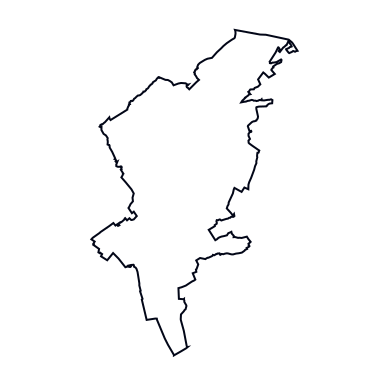 outline of Hiliseu-Horia, Botosani, Romania, rotated 93°
{"feature_id": "2599482B53241690354828", "entity_name": "Hiliseu-Horia", "entity_type": "district", "adm_level": 2, "iso_a3": "ROU", "parent_name": "Romania", "parent_adm1": "Botosani", "projection": "mercator", "projection_center": [26.289, 48.015], "detail": "fine", "context": "isolated", "style": "outline", "palette": "ink", "viewbox_px": 384, "rotation_deg": 93, "n_neighbors": 0, "source": "geoboundaries", "source_scale": "gbopen_adm2", "svg_char_len": 5945}
<svg xmlns="http://www.w3.org/2000/svg" viewBox="0 0 384 384"><g transform="rotate(93 192 192)"><path d="M262.3,261.9L270.6,254.6L269.7,252.1L270.1,250.8L270.1,249.7L269.6,249.1L269.2,248.9L268.9,249.2L268.5,250.5L268.0,248.8L268.0,248.2L267.7,246.7L268.0,246.3L269.7,245.9L270.4,244.4L271.7,243.4L274.7,242.2L279.8,241.1L286.0,239.8L288.1,239.7L293.3,238.1L293.8,238.7L301.3,235.8L302.0,236.5L322.1,230.6L320.3,222.0L320.3,220.5L321.4,220.3L339.7,211.5L345.8,208.0L355.7,201.5L356.1,201.5L352.0,195.1L348.4,189.7L347.1,188.3L347.2,188.7L347.0,188.9L345.4,189.4L331.1,192.9L320.3,196.5L319.4,196.6L314.8,196.6L311.5,193.9L310.2,193.2L309.5,192.3L306.1,191.6L305.4,191.8L302.2,193.9L300.7,194.0L299.7,194.4L299.1,194.4L299.5,194.9L299.4,199.5L288.7,200.5L287.7,197.5L285.8,193.3L281.5,187.5L280.1,185.0L279.3,184.1L273.1,187.0L271.5,183.5L269.2,184.0L268.7,183.4L264.0,182.0L260.1,184.2L257.5,180.5L258.3,175.1L257.5,174.1L256.8,172.9L256.8,172.2L255.1,168.9L254.5,168.1L253.7,167.8L254.0,166.5L253.1,165.0L252.7,164.7L252.6,163.9L252.1,163.4L252.0,162.1L251.8,161.4L251.9,161.2L252.8,161.0L253.3,160.5L253.2,160.2L252.4,159.4L252.3,158.9L252.5,157.5L251.8,155.7L251.4,154.0L251.5,152.7L252.2,149.5L252.2,147.8L251.2,144.8L250.7,142.0L249.9,139.0L247.9,136.5L247.0,135.9L246.0,134.0L245.0,134.5L243.7,132.3L243.2,131.9L242.5,132.4L242.4,132.1L240.7,132.9L239.1,131.1L238.8,131.3L238.5,131.0L236.1,133.2L233.7,134.9L235.3,140.0L235.2,142.5L235.4,143.6L234.7,146.7L234.9,148.1L233.5,148.0L231.6,150.0L229.7,150.6L230.4,151.8L231.2,153.6L233.4,154.8L234.4,157.9L235.0,160.3L235.8,162.1L236.5,163.3L237.8,164.5L238.9,166.2L228.9,173.3L224.9,167.4L223.9,167.6L222.4,165.7L221.5,165.6L219.9,166.1L218.8,165.8L218.8,164.3L218.0,163.2L218.0,162.8L218.1,162.3L218.7,161.7L218.9,161.0L218.5,160.2L217.0,156.1L216.7,154.7L215.8,153.5L215.7,152.5L214.8,151.7L214.6,151.1L214.7,150.0L214.6,149.2L213.8,148.4L211.8,148.9L213.1,149.7L212.9,150.3L210.6,152.3L206.6,156.4L204.2,155.8L202.6,154.9L200.5,154.8L191.3,151.1L187.2,150.4L185.7,149.8L189.3,142.5L184.8,139.9L186.3,135.9L181.7,136.0L179.2,135.4L174.8,133.7L166.5,131.1L163.0,130.4L159.9,129.2L157.9,129.4L153.8,128.6L152.9,128.9L149.7,128.8L149.4,128.7L149.4,127.9L149.1,127.5L147.9,127.3L147.1,127.0L142.5,134.4L140.6,137.3L139.9,138.0L137.7,138.3L136.0,136.9L133.0,138.5L130.9,138.6L129.1,137.3L129.0,136.4L128.8,136.0L128.3,135.9L127.8,136.2L128.2,137.8L123.4,139.7L122.8,139.5L119.1,135.9L118.2,134.3L118.1,133.2L117.5,131.9L117.3,132.0L116.5,131.0L115.8,130.7L115.3,130.3L113.3,130.0L105.7,132.1L104.1,132.2L103.8,131.8L103.2,129.6L102.6,122.3L102.4,122.1L102.3,122.3L100.2,120.2L99.6,119.0L99.2,116.6L96.0,116.5L95.3,117.9L95.9,119.6L96.0,121.2L96.8,124.8L96.8,127.3L96.6,127.7L96.3,127.1L95.7,127.3L96.7,128.2L96.6,129.5L97.5,131.0L97.5,131.6L97.8,132.2L97.4,133.8L97.6,135.0L97.1,136.0L96.9,137.2L97.9,139.9L98.0,140.9L98.9,142.9L99.2,144.7L99.9,147.5L98.1,146.5L95.1,143.6L94.9,143.8L92.9,141.2L91.6,140.1L91.3,138.9L91.1,139.1L91.1,139.4L90.2,139.7L89.9,140.5L89.1,141.0L88.8,140.5L86.7,139.3L86.5,138.8L86.2,135.6L84.8,134.9L83.4,131.7L80.9,129.4L76.1,131.9L68.9,127.1L70.1,125.4L73.7,121.3L69.8,115.5L66.1,119.1L65.5,119.1L64.2,118.0L63.3,117.8L63.2,117.2L62.3,117.4L59.7,114.0L58.8,111.6L57.6,109.8L55.5,109.5L55.0,110.0L57.8,114.3L58.5,117.1L58.6,118.4L59.4,119.9L59.2,120.4L59.2,120.9L58.5,120.9L57.9,121.3L48.3,115.8L43.1,113.6L43.0,113.4L43.3,112.9L44.8,111.9L46.8,112.7L47.6,111.6L43.0,108.5L42.0,107.2L40.5,105.9L40.4,105.3L36.5,103.7L40.2,100.7L41.5,100.1L41.8,100.7L42.2,102.0L43.0,102.6L44.5,105.5L45.1,105.2L47.7,102.9L48.2,102.2L46.9,99.6L45.9,98.4L46.0,97.7L46.4,97.1L46.5,96.3L45.9,95.5L45.5,94.0L38.4,99.1L37.2,100.2L34.8,103.4L31.1,126.5L31.2,132.3L27.9,157.6L29.1,157.1L31.6,156.8L35.4,157.3L36.2,157.7L37.9,160.3L41.6,165.1L44.6,168.3L46.9,170.3L51.1,174.4L57.0,179.1L58.1,183.5L59.4,186.1L62.7,190.9L64.5,192.5L66.9,193.3L67.9,192.6L68.7,193.3L68.4,193.4L68.5,193.7L68.9,193.8L69.5,194.7L70.4,195.3L71.1,195.3L71.5,195.7L72.6,196.1L73.2,195.3L74.3,195.5L76.3,193.9L77.9,193.0L79.7,190.9L82.1,193.4L89.6,200.1L87.9,201.9L87.7,202.5L87.0,202.9L85.6,202.9L85.4,201.6L84.9,201.2L85.1,201.8L83.8,204.0L83.7,208.6L84.4,211.3L86.4,216.0L83.6,217.9L82.3,220.0L81.4,222.0L81.4,224.4L79.5,229.7L79.7,230.4L79.1,230.7L79.0,231.3L79.7,231.8L79.6,232.1L81.0,233.2L82.4,233.9L84.3,236.6L84.8,237.0L85.6,237.1L86.6,238.1L87.0,239.0L87.6,239.2L88.7,240.3L90.3,241.1L91.0,241.7L91.8,243.0L92.7,243.2L94.2,244.6L94.3,245.8L94.9,245.9L95.7,246.7L96.0,246.8L97.9,248.8L98.4,250.1L98.4,250.9L99.5,252.2L101.2,253.7L101.9,254.7L102.9,255.1L104.2,256.1L104.1,256.9L104.3,257.9L105.2,258.2L105.8,259.2L106.4,259.2L107.5,258.6L107.9,259.6L109.0,259.5L109.7,260.1L111.0,260.5L112.4,261.0L113.1,260.9L124.4,277.1L123.0,278.2L121.8,278.5L127.0,282.7L127.5,283.4L128.7,284.5L129.1,285.8L129.9,287.0L130.7,287.1L131.6,287.7L132.1,286.7L131.6,285.8L134.8,285.7L135.6,285.2L138.6,283.3L140.0,280.9L142.6,279.0L144.3,279.2L145.0,278.9L146.7,278.7L149.0,278.8L149.5,277.6L149.4,277.1L149.8,276.8L152.0,276.5L156.1,273.8L162.4,270.5L162.7,270.4L163.2,270.9L163.5,270.2L164.6,269.2L165.4,269.9L166.5,268.9L165.9,268.2L168.7,269.1L170.2,268.9L170.7,267.3L170.6,265.7L170.1,264.3L170.4,263.7L171.3,263.5L171.8,264.0L173.0,263.5L173.5,264.2L177.3,261.5L177.7,262.0L178.0,261.9L179.0,262.2L181.1,263.3L185.5,259.0L192.5,252.6L196.5,250.1L200.8,251.1L204.4,250.5L207.4,252.8L209.9,253.8L211.3,254.6L216.3,250.9L214.7,249.1L218.9,245.9L222.4,248.7L223.1,250.6L223.1,251.3L221.5,253.1L223.7,255.4L221.6,257.4L221.9,257.7L222.3,257.4L225.2,260.3L226.3,261.8L226.0,262.1L227.4,263.9L229.0,262.8L229.7,264.1L228.4,265.3L229.5,266.7L227.1,268.9L230.4,272.9L236.8,281.3L237.6,282.0L242.9,288.7L244.5,290.0L246.6,286.6L248.8,287.8L249.2,287.3L249.9,287.8L253.7,281.8L257.2,282.3L258.0,280.7L257.5,280.4L258.7,278.5L261.0,279.5L264.6,273.1L257.1,267.6L262.3,261.9Z" fill="none" stroke="#020617" stroke-width="2"/></g></svg>